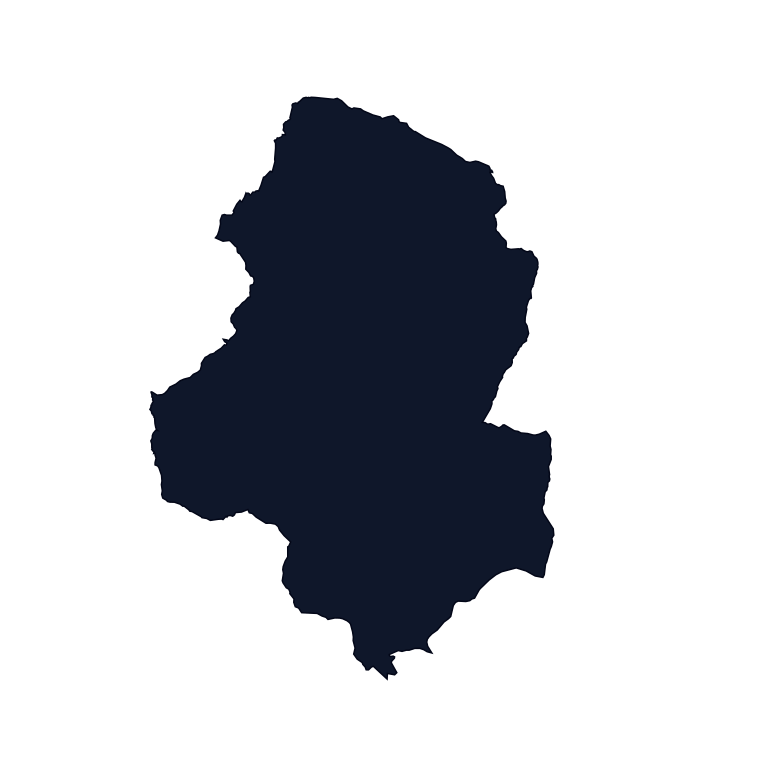 Tasca, Neamt, Romania (orthographic projection), rotated 218°
{"feature_id": "2599482B76124812753990", "entity_name": "Tasca", "entity_type": "district", "adm_level": 2, "iso_a3": "ROU", "parent_name": "Romania", "parent_adm1": "Neamt", "projection": "orthographic", "projection_center": [25.997, 46.881], "detail": "fine", "context": "isolated", "style": "filled", "palette": "ink", "viewbox_px": 768, "rotation_deg": 218, "n_neighbors": 0, "source": "geoboundaries", "source_scale": "gbopen_adm2", "svg_char_len": 6171}
<svg xmlns="http://www.w3.org/2000/svg" viewBox="0 0 768 768"><g transform="rotate(218 384 384)"><path d="M435.5,620.2L446.4,617.3L449.0,616.0L452.7,611.5L456.8,609.5L461.1,609.9L467.8,609.1L475.7,609.9L478.6,609.6L486.0,608.3L502.8,603.5L514.7,602.2L515.9,601.4L522.7,601.5L526.7,603.3L532.4,600.0L533.7,600.0L535.2,601.2L541.6,601.3L545.6,596.7L548.9,591.8L551.4,592.1L558.5,589.1L568.5,586.5L571.8,586.4L577.7,583.0L578.6,581.0L583.0,580.1L591.8,581.1L596.7,580.3L599.0,577.3L614.4,567.6L618.1,565.0L618.3,564.1L619.9,563.4L620.3,562.6L621.9,561.9L623.7,559.6L624.5,554.2L625.0,553.3L624.7,551.9L626.6,551.1L628.3,548.7L628.2,547.2L626.6,545.7L622.0,535.8L621.0,535.5L620.9,534.6L621.8,532.9L621.9,531.4L622.9,530.0L623.1,526.8L620.9,524.4L619.8,522.0L617.0,521.4L615.1,519.6L617.6,518.0L617.1,517.5L616.8,515.8L618.3,513.1L619.6,512.2L619.1,510.1L620.2,509.1L620.2,508.2L617.7,507.0L614.7,503.2L608.5,493.8L606.9,492.2L602.9,482.9L602.8,481.9L604.1,482.0L604.7,481.5L605.3,474.3L606.2,472.7L603.2,464.7L601.6,458.8L602.8,458.3L603.9,456.8L603.7,455.8L605.5,454.4L605.4,450.9L606.5,450.2L607.1,450.9L608.2,450.9L609.7,449.8L609.4,448.3L610.1,448.8L608.9,445.2L608.2,440.0L609.5,439.7L610.6,440.1L610.7,435.1L609.3,427.5L607.7,426.9L607.8,423.4L611.9,420.2L614.1,419.3L615.5,417.4L613.8,412.2L611.3,409.4L608.2,402.9L606.8,398.7L606.8,395.4L598.8,397.4L594.4,401.7L593.2,402.1L585.9,401.0L584.2,401.3L580.9,397.9L579.2,397.5L577.9,398.0L568.1,394.7L565.7,392.4L563.6,389.4L559.1,388.7L555.7,387.1L553.7,387.9L551.9,387.3L549.5,385.1L548.3,382.1L550.0,379.5L549.4,378.3L546.2,374.5L546.2,373.8L543.0,370.4L544.3,368.6L544.5,364.0L545.5,360.8L545.7,355.7L547.0,352.2L546.3,350.5L545.9,347.2L546.2,345.1L545.2,341.7L542.7,338.9L539.8,338.5L536.8,336.8L534.5,336.5L532.9,335.7L531.9,332.3L532.1,329.1L533.0,325.5L533.0,322.4L534.8,322.1L538.2,320.3L535.6,319.3L533.2,319.6L532.3,318.3L532.3,317.5L533.9,316.6L534.3,312.0L536.4,306.0L536.5,304.5L537.2,302.9L539.2,300.4L540.1,297.3L541.3,294.8L540.6,287.9L539.0,285.9L537.3,281.8L538.1,278.4L540.2,274.2L540.7,269.8L544.6,264.7L546.6,261.1L547.9,255.8L550.9,249.7L550.6,245.6L551.1,241.5L552.2,239.1L556.0,235.5L561.8,234.9L562.6,234.5L562.4,234.0L559.7,232.3L559.6,231.6L558.5,230.7L557.6,230.7L556.5,228.9L555.1,228.5L554.8,225.7L554.0,224.5L554.5,223.9L553.3,222.1L552.8,219.8L551.0,219.6L548.5,217.7L547.6,218.0L546.5,217.1L545.4,217.2L544.9,216.3L544.4,216.6L540.0,211.7L537.2,209.3L535.2,208.0L533.7,208.0L535.4,206.9L535.5,203.1L534.8,200.8L533.2,198.5L532.7,195.6L530.2,193.9L527.8,190.9L527.0,190.7L526.9,189.6L525.1,188.9L523.6,189.2L522.8,187.6L522.4,188.4L521.1,188.1L521.0,187.3L517.9,185.2L516.0,181.1L514.6,179.3L512.0,180.1L509.9,179.5L503.1,175.1L499.2,170.8L497.5,167.7L492.9,163.3L491.2,160.1L488.1,157.9L483.6,158.5L482.4,158.1L480.2,159.0L476.4,161.8L470.7,163.8L467.4,163.8L466.3,164.7L460.3,164.7L458.8,164.2L456.7,165.3L446.2,166.9L445.2,166.6L440.9,168.9L436.9,169.6L431.2,175.5L428.8,177.6L427.4,178.1L427.0,182.4L425.8,182.4L426.0,183.7L424.4,185.7L421.8,186.7L421.3,188.8L421.9,191.2L417.4,195.4L414.0,201.3L410.9,199.6L408.0,200.9L402.8,200.4L391.3,201.6L387.8,204.4L383.3,206.7L379.6,206.5L376.4,204.6L369.4,203.0L360.3,202.1L359.2,197.6L359.6,196.4L353.4,188.5L352.8,183.6L351.0,178.0L349.4,175.3L346.7,173.0L343.0,166.3L341.0,165.1L335.6,163.3L332.7,163.7L330.0,162.2L329.1,160.8L322.6,159.2L320.7,156.4L316.8,153.9L313.4,154.9L308.1,153.1L295.4,162.1L290.0,163.0L286.1,164.4L283.2,164.0L278.7,169.4L274.8,172.3L272.1,173.6L267.4,174.7L264.4,174.7L262.5,174.2L256.2,169.4L252.4,165.8L250.3,162.8L244.2,158.1L241.6,152.5L235.7,150.7L229.7,151.1L228.0,150.0L224.6,149.4L222.1,147.8L220.2,149.2L219.7,153.0L218.7,155.0L199.9,153.4L203.1,158.0L196.6,161.4L196.2,164.4L206.6,168.8L207.3,170.3L207.0,174.3L207.7,175.5L209.3,175.2L211.1,173.2L212.5,173.3L213.3,174.1L208.7,182.7L205.2,184.4L202.5,188.0L200.3,189.7L197.0,194.6L192.9,197.8L189.2,199.1L185.2,199.6L180.7,201.5L188.1,204.2L191.4,206.9L192.7,209.5L192.9,212.5L192.5,216.4L190.6,222.9L190.2,233.4L188.7,238.7L188.3,241.9L193.0,252.1L193.2,255.0L193.1,256.2L191.9,258.6L185.6,263.0L183.0,266.1L182.4,268.7L180.8,271.0L182.2,280.0L182.2,282.0L180.5,294.3L178.4,302.5L175.7,308.5L166.6,320.5L156.9,324.2L146.7,325.8L139.7,329.4L140.3,332.4L145.8,341.5L146.3,344.0L151.4,356.1L152.1,358.9L154.0,363.4L156.8,365.7L157.1,369.4L161.5,374.1L178.9,380.2L183.0,383.4L184.0,385.4L184.2,388.0L186.4,391.5L187.8,392.6L190.6,398.2L190.4,400.8L191.8,403.1L191.7,403.8L194.3,407.3L194.0,409.5L194.9,411.3L195.7,411.7L197.4,413.4L197.6,414.4L203.6,420.2L205.8,427.5L207.8,430.1L209.2,430.9L212.1,435.2L214.9,437.4L218.8,443.3L222.3,445.1L227.4,446.4L230.8,440.0L233.3,436.9L235.1,435.6L240.3,433.4L246.0,429.7L249.2,429.2L252.4,427.4L264.0,425.9L265.0,425.0L265.3,422.9L266.1,420.8L267.0,420.0L275.6,418.3L277.6,416.1L280.6,415.8L282.9,414.3L285.0,430.0L286.7,434.8L288.6,437.2L288.2,438.9L288.6,440.4L288.4,442.6L290.8,447.9L291.4,450.5L293.0,451.8L294.2,457.1L294.6,462.2L295.5,463.0L296.5,465.8L296.3,466.8L296.8,470.1L295.1,476.7L296.1,479.8L298.6,482.8L298.1,484.2L298.7,485.6L298.1,488.6L299.1,490.9L299.1,493.9L300.0,496.2L299.2,497.8L299.8,501.0L298.3,505.7L300.0,507.9L300.0,509.2L301.2,512.9L307.1,517.9L310.8,519.4L313.7,523.4L317.5,530.8L319.1,532.2L321.5,538.6L321.7,541.0L320.8,542.0L320.9,542.6L325.7,547.7L327.0,550.8L326.8,552.5L327.4,552.7L327.7,554.7L330.7,560.5L331.9,565.2L333.6,567.1L333.7,568.7L334.7,571.0L336.4,572.5L336.4,573.1L337.8,574.7L339.9,576.3L341.1,576.9L344.6,577.1L348.9,579.3L351.0,578.6L352.0,576.9L353.3,576.0L356.2,575.2L359.3,575.2L360.1,574.3L360.1,573.6L361.2,573.4L366.9,568.2L370.3,566.6L371.9,566.7L374.3,570.3L376.0,571.7L382.1,572.3L387.2,573.8L389.5,573.7L391.5,575.1L393.3,578.6L395.2,580.7L397.5,582.4L397.5,582.8L399.3,583.3L401.8,585.4L400.8,588.1L400.4,591.0L400.5,593.9L399.9,597.0L400.3,597.3L399.3,599.3L399.3,601.4L400.4,603.3L403.0,605.2L407.3,609.9L411.9,613.2L414.4,612.0L416.3,611.8L417.5,610.8L419.7,610.8L424.3,613.6L427.8,614.6L431.0,616.1L430.8,616.7L428.7,617.6L429.2,618.1L430.8,618.7L432.5,618.0L433.1,619.1L435.5,620.2Z" fill="#0f172a" stroke="#020617" stroke-width="1.5"/></g></svg>